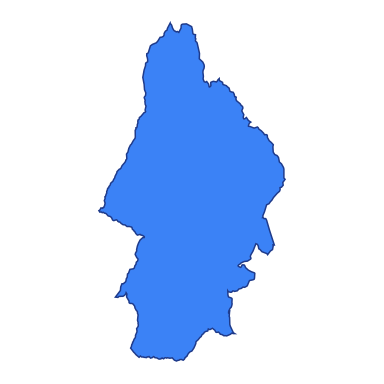 Cajamarca, Cajamarca, Peru (Equal Earth projection)
{"feature_id": "86281439B40930956450013", "entity_name": "Cajamarca", "entity_type": "district", "adm_level": 2, "iso_a3": "PER", "parent_name": "Peru", "parent_adm1": "Cajamarca", "projection": "equal_earth", "projection_center": [-78.506, -7.178], "detail": "fine", "context": "isolated", "style": "filled", "palette": "blue", "viewbox_px": 384, "rotation_deg": 0, "n_neighbors": 0, "source": "geoboundaries", "source_scale": "gbopen_adm2", "svg_char_len": 6031}
<svg xmlns="http://www.w3.org/2000/svg" viewBox="0 0 384 384"><path d="M254.1,279.3L254.5,278.2L254.8,273.3L254.3,272.8L251.3,271.7L248.3,270.1L245.6,267.6L244.5,265.2L243.9,264.9L242.2,264.9L241.9,265.2L241.2,266.9L240.4,267.4L238.3,266.3L238.1,265.6L238.7,264.8L240.0,264.1L240.6,263.3L242.0,262.5L244.2,261.5L247.5,261.1L250.6,259.1L250.9,258.5L250.9,258.0L250.3,256.8L250.7,255.1L253.0,251.1L255.9,243.7L257.1,244.2L258.1,245.5L258.8,248.8L260.1,249.6L261.9,251.7L266.9,253.6L267.6,254.7L270.4,251.0L272.5,249.6L273.2,246.0L273.0,244.9L274.3,245.0L269.6,230.5L266.6,220.2L265.8,218.7L265.1,218.5L264.2,218.7L263.1,217.6L262.6,217.6L262.9,217.1L262.9,215.6L264.5,211.7L266.6,204.8L269.0,203.7L270.4,201.7L271.8,200.3L273.5,197.5L277.2,193.3L279.5,191.3L280.1,189.8L280.0,187.6L281.5,187.2L283.2,185.2L282.8,182.5L285.1,179.3L284.1,178.3L283.9,177.6L283.9,169.1L283.5,167.5L281.5,163.9L279.4,162.0L278.5,157.5L277.9,156.6L277.0,155.5L274.8,154.6L273.6,152.8L273.2,151.9L272.9,146.7L273.3,144.7L271.3,142.5L269.2,140.7L267.4,137.4L267.3,135.5L267.1,135.0L266.2,134.6L264.5,134.7L263.6,133.2L261.4,130.9L258.8,129.0L258.3,127.8L257.4,127.0L254.1,128.1L250.0,126.5L248.5,126.3L248.5,125.2L249.4,123.1L250.8,122.1L248.4,120.5L246.4,117.5L244.7,118.8L243.9,118.9L243.5,118.4L243.2,117.1L243.8,114.7L241.8,110.9L242.9,108.0L242.5,106.4L241.2,105.4L240.2,103.8L236.5,100.7L235.9,99.0L236.2,97.3L235.8,96.8L234.7,96.7L234.2,94.2L233.2,92.3L231.3,91.9L229.9,91.2L229.1,88.1L227.2,86.6L226.4,85.7L223.0,84.5L222.5,82.3L219.6,80.7L219.2,79.6L219.2,78.6L218.1,79.6L217.3,81.0L216.5,81.9L213.3,81.3L211.0,82.2L210.7,82.6L210.9,85.8L209.7,87.0L209.1,86.8L208.6,84.1L206.7,81.5L205.7,82.2L204.2,81.7L203.1,79.0L203.4,76.2L202.9,72.3L203.1,70.4L204.0,68.4L204.3,66.2L204.0,64.6L202.8,62.1L199.3,58.8L199.5,53.4L197.2,43.2L196.8,42.3L195.7,41.4L195.4,40.5L195.8,38.8L195.3,38.1L195.5,34.7L193.6,34.3L192.9,33.6L192.3,29.1L191.6,26.6L186.5,23.9L182.8,24.1L181.6,24.6L181.2,25.3L181.0,28.2L178.8,32.4L177.5,31.5L176.2,31.9L175.4,31.2L174.6,31.0L173.9,30.4L172.6,28.2L171.6,25.1L170.8,24.0L170.4,23.9L170.2,23.0L167.4,28.4L167.1,30.0L165.5,31.1L164.7,32.3L164.1,33.6L164.1,35.0L163.5,36.1L162.9,36.6L161.5,37.2L160.1,37.3L157.8,41.1L156.3,42.8L152.4,44.4L150.4,45.9L148.4,52.4L147.7,53.4L146.8,53.7L146.7,55.7L147.3,57.7L147.7,59.9L147.6,61.8L146.0,62.8L145.6,63.5L145.5,65.8L144.1,70.1L142.8,77.4L144.1,84.2L144.5,89.7L145.8,92.9L145.5,95.6L144.4,97.0L144.2,97.7L145.2,100.3L144.9,101.2L145.2,104.3L146.0,106.1L145.1,110.0L145.6,111.7L144.9,112.4L144.0,112.7L140.9,116.4L139.4,117.5L139.2,118.9L138.6,119.7L138.0,120.0L137.8,121.4L137.9,123.0L137.3,124.5L137.2,126.3L136.7,127.7L135.9,127.8L135.9,129.1L135.2,130.3L135.3,137.0L135.0,138.4L133.4,140.5L131.3,144.3L130.4,145.1L128.8,148.4L127.9,152.1L126.5,154.1L126.8,158.4L126.6,159.2L125.8,160.1L125.6,161.1L124.9,162.4L122.1,165.6L120.9,168.2L120.3,168.9L119.4,169.1L117.0,171.6L116.8,172.9L115.1,176.2L114.6,178.1L113.7,179.3L113.0,181.1L110.6,183.3L110.4,184.4L109.9,185.5L109.0,186.4L108.6,187.8L107.9,188.1L107.5,188.9L107.3,190.2L106.7,191.3L106.7,193.2L106.2,194.0L105.4,196.6L104.9,196.8L105.1,198.5L104.3,200.6L105.1,203.1L104.5,205.9L104.0,206.5L103.9,207.3L103.5,207.7L102.8,207.7L102.4,208.3L101.0,207.9L99.8,210.1L98.9,210.6L99.8,212.1L101.4,212.0L102.2,212.7L103.2,212.3L104.6,213.2L105.5,213.3L106.4,213.9L108.1,215.9L110.3,216.5L111.5,217.6L112.6,220.0L113.4,220.5L113.9,220.6L116.3,219.8L117.3,220.4L117.8,221.3L118.7,221.9L119.8,222.0L121.1,223.4L123.0,224.7L125.0,224.9L127.0,226.5L129.4,226.5L131.6,227.1L131.9,227.4L132.4,229.3L133.7,230.3L133.9,230.9L134.9,231.8L135.8,233.5L137.1,234.9L137.5,235.1L140.1,234.4L140.6,234.9L142.7,235.5L144.2,236.5L144.4,237.0L144.1,237.6L142.8,237.6L140.1,240.0L138.5,243.1L137.4,246.0L136.6,249.6L136.7,251.0L135.5,253.1L135.2,254.5L136.9,257.8L137.8,258.6L138.0,259.6L137.5,261.1L136.3,262.2L135.9,264.4L134.9,265.7L134.3,268.0L133.3,268.8L129.9,269.4L128.5,273.2L127.5,274.0L127.2,277.3L126.3,278.7L126.0,280.6L125.6,281.8L123.3,283.7L121.9,283.8L120.7,287.0L120.4,290.5L115.4,297.1L117.9,297.4L119.1,296.4L123.0,296.3L124.8,295.1L125.8,293.7L126.1,292.7L126.9,294.0L126.6,296.9L129.0,301.1L129.1,302.7L130.0,303.4L132.0,303.5L133.1,304.1L134.6,306.1L135.0,308.0L136.1,310.1L137.4,311.6L137.5,313.3L138.1,314.8L137.5,320.3L138.2,322.8L138.0,323.6L138.3,324.6L138.2,326.3L136.6,328.7L137.0,331.0L136.9,332.0L135.5,335.3L135.5,336.7L135.3,337.6L134.1,339.2L133.2,341.7L132.6,342.2L132.6,343.1L131.7,344.8L131.4,346.6L130.6,348.1L133.8,352.3L134.6,353.0L136.0,354.7L139.1,357.3L140.4,356.0L141.6,357.0L143.5,357.0L144.1,357.4L144.9,357.3L146.0,357.6L146.6,357.6L147.2,356.8L148.2,357.0L149.0,356.5L150.5,358.1L152.3,357.6L153.5,356.6L154.4,357.1L154.9,357.7L156.8,357.9L158.7,359.0L159.9,359.1L160.9,358.8L161.3,358.3L161.8,358.5L162.3,358.1L163.7,358.8L164.6,357.9L165.8,357.7L166.6,358.1L167.4,357.7L169.7,358.2L172.3,357.9L174.3,360.1L176.2,360.9L176.7,361.0L177.4,360.5L179.1,360.2L179.7,359.6L181.5,359.5L183.2,360.2L184.4,359.2L185.1,357.6L185.6,357.5L186.5,356.3L187.2,356.0L187.6,354.7L188.7,353.1L190.2,351.7L191.8,351.1L193.8,348.2L194.9,345.8L195.8,343.6L195.9,342.1L196.4,341.3L198.3,339.6L199.9,337.5L201.1,336.6L202.1,334.6L203.6,333.6L204.3,332.3L205.9,331.4L207.7,331.0L208.3,329.0L209.1,329.5L210.4,329.4L212.4,328.3L214.8,330.2L215.8,332.1L216.7,332.4L218.6,332.1L220.0,333.6L220.2,334.2L222.1,334.6L224.0,335.8L224.9,335.6L226.7,335.9L230.4,334.3L231.9,333.1L233.1,333.6L234.7,333.6L233.4,332.8L232.6,331.1L230.3,326.2L229.8,324.5L229.6,317.4L229.2,316.4L229.5,312.4L229.1,312.6L229.5,311.6L228.9,311.8L229.3,310.8L228.9,310.8L230.1,308.3L231.1,307.4L231.7,305.9L232.1,303.9L231.9,302.5L232.1,298.9L231.6,298.1L228.6,297.0L228.4,296.7L227.9,294.8L227.8,290.9L228.4,291.8L230.9,292.3L231.7,292.1L232.7,291.0L233.7,291.0L234.5,291.4L237.3,290.8L238.9,289.0L241.3,288.4L243.0,287.1L244.7,287.3L246.9,286.1L247.3,285.7L249.2,281.1L249.7,280.5L253.0,279.8L254.1,279.3Z" fill="#3b82f6" stroke="#1e3a8a" stroke-width="1.5"/></svg>